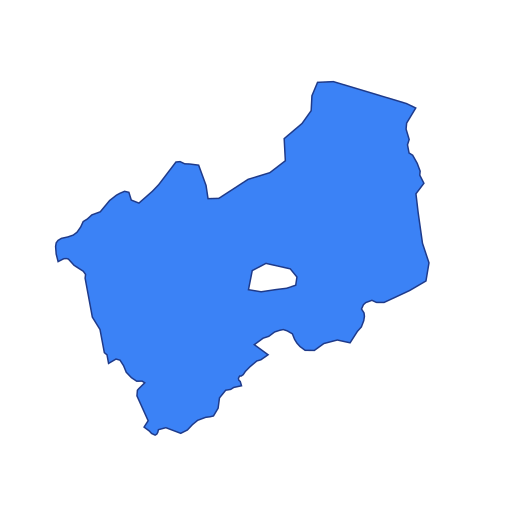 map outline of Rezeknes (Mercator projection), rotated 75°
{"feature_id": "LVA-1066", "entity_name": "Rezeknes", "entity_type": "Municipality", "adm_level": 1, "iso_a3": "LVA", "parent_name": "Latvia", "parent_adm1": "", "projection": "mercator", "projection_center": [27.315, 56.501], "detail": "fine", "context": "isolated", "style": "filled", "palette": "blue", "viewbox_px": 512, "rotation_deg": 75, "n_neighbors": 0, "source": "natural_earth", "source_scale": "10m", "svg_char_len": 1989}
<svg xmlns="http://www.w3.org/2000/svg" viewBox="0 0 512 512"><g transform="rotate(75 256 256)"><path d="M154.4,63.4L166.6,76.1L172.3,78.2L183.1,77.9L187.8,80.9L196.1,81.5L199.2,78.6L208.2,76.3L216.5,75.5L220.3,76.9L229.2,75.0L237.3,85.4L255.7,88.1L286.8,91.9L307.4,90.7L324.1,98.3L329.1,116.5L334.0,144.3L332.0,151.7L328.8,155.5L329.4,162.0L330.8,164.8L334.5,167.8L339.0,166.4L342.4,166.9L346.4,168.7L351.8,172.6L355.0,177.5L364.2,187.6L358.2,199.2L358.1,213.1L362.3,224.1L359.8,233.0L354.9,236.9L350.8,239.0L346.5,240.3L340.6,241.0L336.4,245.2L334.1,248.7L333.9,252.2L334.2,257.7L336.9,264.4L337.2,270.3L341.2,280.6L354.5,269.9L357.5,278.1L357.6,282.4L361.5,290.7L364.7,296.1L367.3,299.1L368.1,301.4L367.7,302.9L369.5,304.6L371.4,304.8L373.1,303.7L377.6,303.6L377.2,311.5L378.3,315.0L377.8,320.0L383.6,328.0L393.2,332.0L399.5,338.5L399.4,342.0L398.8,346.3L399.6,354.9L402.4,361.0L406.3,367.3L407.8,374.6L398.5,387.5L398.5,395.2L400.9,396.5L402.4,398.0L402.9,399.8L400.4,402.8L397.5,404.3L392.3,408.4L387.2,402.8L360.3,407.2L355.0,405.3L353.9,403.7L349.7,396.3L347.4,398.4L346.0,403.7L341.3,407.8L334.8,411.4L327.7,412.3L321.4,414.3L319.3,417.9L321.6,426.2L312.9,425.5L310.1,427.5L286.6,425.7L272.7,429.9L233.2,426.8L229.7,425.4L226.0,426.8L218.0,434.1L210.4,438.0L209.5,439.5L208.9,442.1L209.1,443.5L210.2,448.6L202.4,448.5L194.9,447.1L191.6,445.6L189.7,443.2L188.6,439.4L188.9,432.7L188.5,427.1L186.7,422.7L182.5,417.7L178.0,414.0L176.6,409.3L173.8,403.9L173.0,395.0L164.5,383.0L161.1,375.0L160.2,371.2L159.5,366.2L161.6,362.3L169.7,362.0L174.6,355.4L166.7,339.4L161.9,331.5L144.5,309.0L145.2,304.9L148.5,301.0L150.0,296.2L153.4,287.9L174.9,286.0L188.2,287.5L190.7,277.0L179.9,243.8L179.1,221.1L171.6,203.0L149.9,198.4L139.9,177.2L129.9,165.1L115.7,160.5L104.2,151.6L107.6,136.1L147.7,71.2L154.4,63.4ZM286.6,272.0L291.9,260.3L293.6,245.4L295.1,234.7L294.5,225.2L286.9,221.9L277.3,226.2L265.7,248.3L269.1,263.4L286.6,272.0Z" fill="#3b82f6" stroke="#1e3a8a" stroke-width="1.5"/></g></svg>